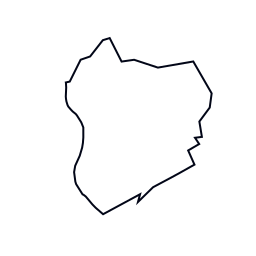 the district of Oldham, Kentucky, United States of America, rotated 296°
{"feature_id": "52423323B72151792801838", "entity_name": "Oldham", "entity_type": "district", "adm_level": 2, "iso_a3": "USA", "parent_name": "United States of America", "parent_adm1": "Kentucky", "projection": "albers", "projection_center": [-85.487, 38.405], "detail": "fine", "context": "isolated", "style": "outline", "palette": "ink", "viewbox_px": 256, "rotation_deg": 296, "n_neighbors": 0, "source": "geoboundaries", "source_scale": "gbopen_adm2", "svg_char_len": 779}
<svg xmlns="http://www.w3.org/2000/svg" viewBox="0 0 256 256"><g transform="rotate(296 128 128)"><path d="M39.6,143.4L73.8,167.9L65.9,169.4L85.8,176.5L94.9,183.1L109.2,193.4L112.1,195.4L120.2,201.0L124.2,203.8L134.2,191.9L144.8,199.0L148.6,192.5L152.4,198.3L165.1,189.3L182.2,192.5L195.8,188.0L216.4,157.5L195.4,128.4L192.0,103.6L184.9,93.1L200.8,72.1L195.9,66.9L175.7,62.6L168.6,55.5L144.2,55.3L141.7,52.2L141.6,52.3L137.3,54.7L129.0,58.3L127.0,59.5L124.9,61.0L122.2,63.5L121.1,64.9L119.5,68.6L118.6,71.0L117.7,74.9L116.9,76.6L112.6,83.5L108.9,87.6L99.9,92.0L94.9,94.0L90.2,95.4L81.9,96.8L70.9,97.1L64.7,98.9L56.7,104.2L54.8,106.0L48.4,116.3L48.5,117.2L47.9,120.1L43.7,129.5L42.2,133.7L41.8,135.1L39.6,143.4L39.6,143.4Z" fill="none" stroke="#020617" stroke-width="2"/></g></svg>